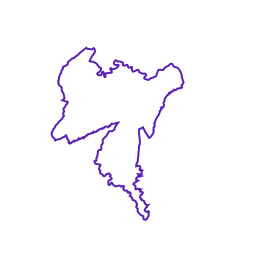 Leribe, Leribe, Lesotho (Albers equal-area conic projection), rotated 64°
{"feature_id": "5366337B97368011547382", "entity_name": "Leribe", "entity_type": "district", "adm_level": 2, "iso_a3": "LSO", "parent_name": "Lesotho", "parent_adm1": "Leribe", "projection": "albers", "projection_center": [28.079, -28.875], "detail": "fine", "context": "isolated", "style": "outline", "palette": "violet", "viewbox_px": 256, "rotation_deg": 64, "n_neighbors": 0, "source": "geoboundaries", "source_scale": "gbopen_adm2", "svg_char_len": 5894}
<svg xmlns="http://www.w3.org/2000/svg" viewBox="0 0 256 256"><g transform="rotate(64 128 128)"><path d="M218.3,152.5L218.1,151.3L217.4,150.4L216.3,148.3L214.7,147.2L213.5,146.9L213.2,146.2L211.9,146.0L211.6,146.5L211.6,147.6L210.8,148.8L209.3,149.1L208.9,148.9L207.4,146.8L207.2,145.5L206.4,145.1L206.0,143.8L205.6,144.9L203.8,145.8L203.4,145.6L202.7,145.9L201.1,145.5L200.9,145.8L200.2,145.9L199.3,146.6L198.8,147.4L197.7,147.5L197.5,147.1L195.6,147.6L195.5,147.3L194.1,146.6L193.8,146.1L193.8,144.6L192.8,143.1L192.4,143.0L190.5,144.5L190.5,144.8L189.8,144.6L189.4,144.0L189.4,144.6L189.1,144.8L188.6,143.7L187.9,144.1L186.8,146.0L186.8,146.9L186.2,148.1L183.4,146.7L180.9,147.8L180.0,146.9L180.2,145.8L179.7,142.2L178.8,143.5L178.1,143.5L177.6,142.8L176.9,142.8L176.6,141.8L175.7,140.1L176.8,138.9L177.0,137.4L176.2,138.3L174.0,139.0L175.7,136.1L173.1,134.9L172.6,133.7L171.8,134.1L171.5,135.2L171.0,135.9L170.1,135.5L169.6,134.6L167.9,133.9L166.5,135.2L166.1,137.4L164.5,136.5L163.3,135.5L162.7,134.3L161.7,133.5L159.2,132.2L158.3,131.4L148.8,125.8L147.6,124.4L144.0,122.6L137.4,120.4L135.4,119.5L133.9,118.4L134.1,115.8L133.9,114.3L138.4,114.2L146.1,113.4L146.0,111.7L143.9,107.7L142.9,106.8L142.0,106.2L141.5,106.4L140.7,105.6L138.9,104.9L138.2,103.1L137.4,103.1L136.6,102.8L136.1,102.4L135.3,102.3L135.0,101.9L134.9,101.2L133.0,99.9L130.4,96.2L130.2,95.4L128.7,93.4L126.6,91.9L126.7,91.5L125.8,89.5L125.5,89.3L125.0,89.7L124.6,89.7L124.7,89.3L124.1,88.7L124.6,88.3L124.6,87.1L123.2,85.5L121.2,85.2L120.4,84.5L119.9,83.6L118.2,82.4L117.3,81.3L115.5,77.8L115.7,77.2L115.3,76.5L115.4,76.0L114.6,75.6L115.2,74.4L115.1,74.1L114.6,74.4L114.8,73.4L114.2,72.8L114.7,71.8L113.8,70.0L114.6,69.7L114.4,68.8L114.8,68.4L114.6,67.1L114.2,66.5L115.0,64.4L114.8,63.7L115.5,62.3L115.1,61.5L113.7,61.5L113.1,61.0L112.9,60.6L113.0,60.1L112.0,59.3L111.5,58.1L106.4,57.4L104.0,56.6L100.9,56.2L97.9,56.4L96.4,56.8L94.6,57.9L93.4,59.5L92.5,60.0L89.8,60.2L89.3,60.7L89.1,61.4L89.1,62.1L89.8,64.7L89.7,66.8L89.9,68.4L91.3,70.8L89.2,74.7L89.5,75.8L93.6,79.9L93.8,80.6L93.3,86.3L93.8,88.2L93.6,88.9L91.2,91.3L90.2,91.6L89.6,90.9L88.8,88.8L88.5,88.5L86.7,88.6L85.8,90.7L84.4,92.2L82.4,93.5L80.6,93.1L80.2,93.4L79.8,94.3L79.8,98.0L79.4,98.9L77.7,99.2L75.0,97.8L74.5,98.5L74.6,99.8L74.2,100.8L73.6,101.2L71.8,100.9L71.0,101.1L70.7,101.8L70.4,103.9L70.0,104.7L68.9,104.9L67.3,104.0L66.6,104.2L64.7,106.1L64.0,107.2L63.8,108.2L61.8,109.1L61.7,110.0L61.9,110.4L62.6,111.5L64.0,112.5L65.1,112.3L65.5,112.0L66.2,111.1L67.0,109.2L67.5,108.9L67.9,109.2L68.9,111.3L69.0,113.4L68.5,115.9L67.9,116.6L66.6,117.2L66.6,117.7L66.9,118.0L67.7,118.2L70.4,117.8L70.9,118.2L70.9,119.1L69.4,123.1L69.2,124.0L69.6,124.6L72.2,125.9L72.3,126.3L72.1,126.6L70.5,126.6L67.5,125.5L66.7,125.7L66.5,126.2L66.5,126.9L68.4,128.5L68.6,129.3L67.8,131.2L66.3,132.0L65.8,131.9L65.3,131.2L65.0,129.1L64.0,127.0L63.1,126.2L61.8,126.1L60.9,127.2L56.6,128.0L55.6,128.5L53.4,130.1L51.6,132.8L51.0,133.2L47.7,129.0L46.1,125.7L45.0,124.3L42.2,123.4L41.6,123.5L41.1,124.0L41.5,125.6L41.3,126.3L39.1,129.7L37.7,130.3L39.0,137.1L39.8,139.7L40.5,141.1L40.8,144.2L41.4,145.3L41.4,146.7L41.0,147.4L42.1,152.1L42.8,153.3L44.6,154.7L44.7,159.7L45.7,160.0L46.2,161.0L46.8,161.4L47.2,162.5L49.3,164.1L49.5,164.4L49.4,164.8L49.8,165.3L52.1,167.6L53.6,168.7L54.6,169.2L54.7,169.7L56.5,170.8L57.3,170.6L57.7,171.0L59.0,171.2L62.4,169.8L65.6,171.2L68.3,170.9L70.5,171.2L73.4,172.1L73.8,173.0L74.3,174.9L75.6,173.2L76.9,172.3L77.6,171.1L78.1,170.7L78.6,171.0L78.7,171.6L79.1,171.7L79.7,172.4L80.2,173.9L81.6,175.6L82.3,177.6L83.3,178.0L85.0,178.0L85.4,178.3L85.6,179.0L86.8,180.1L89.0,180.3L89.1,180.8L89.5,181.1L89.6,181.6L90.8,183.1L92.4,188.0L93.2,189.5L94.3,192.5L95.5,193.6L96.1,195.2L98.6,198.4L101.1,199.8L103.7,199.4L106.6,198.3L107.5,199.6L107.2,197.4L108.1,193.8L107.8,190.2L108.2,189.4L107.4,186.9L108.5,186.8L111.0,187.3L113.6,186.9L114.2,187.0L114.6,187.7L115.8,187.7L116.3,187.4L115.8,186.7L116.7,185.8L115.9,183.9L116.5,182.3L115.8,182.0L116.5,181.1L116.8,177.6L116.0,177.4L115.6,176.8L116.7,176.1L117.0,175.7L117.0,175.0L116.7,174.3L116.7,173.6L117.8,172.5L117.4,171.8L117.0,172.5L116.6,172.4L116.6,171.8L117.3,171.2L117.4,170.8L116.3,168.8L116.9,167.9L116.5,167.6L116.0,166.5L116.7,164.2L116.6,163.5L116.9,162.8L116.5,162.4L116.5,162.0L117.0,161.6L116.3,160.7L116.8,160.6L117.3,159.7L117.2,158.5L117.4,158.0L117.0,157.5L117.2,156.6L116.9,156.2L117.1,155.9L116.6,153.9L116.8,152.3L117.6,151.5L117.1,150.9L117.1,150.2L117.4,149.8L117.4,149.2L116.9,148.6L117.0,146.9L118.7,145.3L117.7,144.1L117.7,143.8L118.3,143.2L116.9,140.7L117.7,139.6L118.1,138.5L118.5,135.7L118.9,134.5L119.9,136.6L121.9,139.7L123.5,141.0L123.9,143.5L122.9,146.0L122.9,147.2L124.3,148.8L126.0,151.7L126.3,153.1L127.2,155.3L127.6,155.9L130.3,157.2L130.9,157.7L131.6,159.3L135.6,161.5L135.2,164.0L135.5,164.8L139.5,167.8L140.3,168.1L141.5,169.9L143.2,170.5L143.5,171.3L143.1,172.6L144.4,173.1L145.7,173.0L148.8,169.0L149.3,169.0L149.8,169.4L150.0,170.2L152.2,172.2L154.5,171.6L155.7,172.8L156.5,172.8L158.8,171.3L160.3,171.2L160.8,170.7L161.0,170.1L160.2,168.0L160.1,167.3L160.5,166.2L160.3,165.2L160.9,164.6L162.7,164.3L163.2,164.5L163.5,165.4L166.5,164.9L166.8,165.7L166.8,168.1L167.1,168.9L170.0,170.3L170.6,170.3L171.2,169.6L170.9,168.4L169.9,167.2L170.0,166.6L173.4,165.9L175.1,164.6L175.9,161.1L176.4,160.5L177.7,159.9L177.8,158.2L178.3,157.4L178.7,157.1L180.5,159.0L182.8,158.5L183.3,157.2L184.0,156.2L184.8,156.1L185.2,156.6L185.8,156.6L186.5,155.8L186.4,154.7L187.1,154.3L188.1,154.4L189.1,154.9L189.3,155.8L189.9,156.2L192.3,154.9L194.6,155.4L195.6,154.3L197.0,153.4L199.9,153.2L200.5,153.8L201.0,153.6L201.9,154.1L202.2,155.1L202.6,155.2L203.6,155.2L204.8,154.6L205.2,154.7L206.0,155.5L207.0,155.9L208.2,155.9L211.5,154.8L213.3,153.6L213.9,152.9L215.4,153.4L216.1,153.9L216.5,154.0L217.3,153.6L217.5,153.2L218.3,152.5Z" fill="none" stroke="#5b21b6" stroke-width="2"/></g></svg>